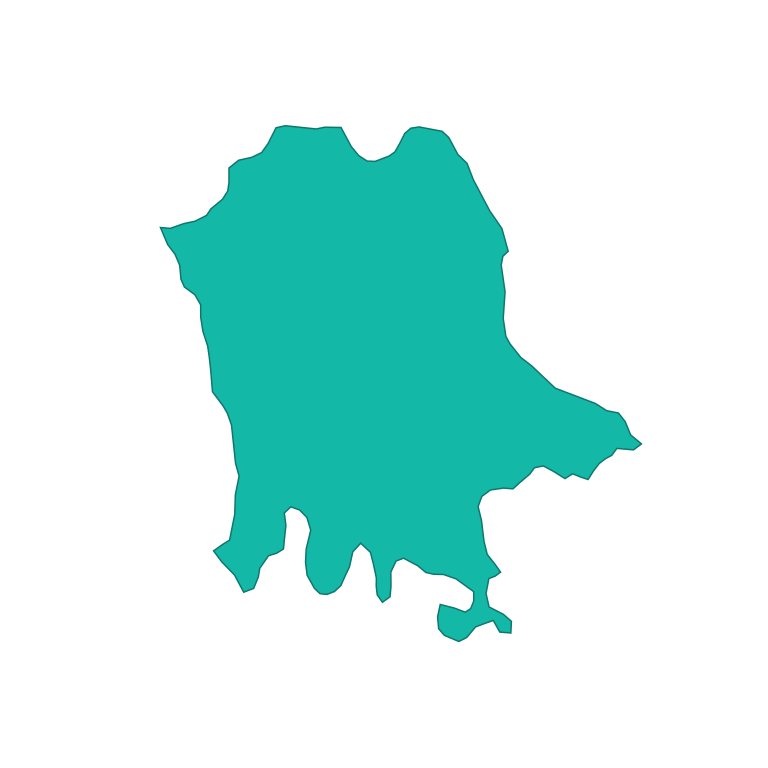 Andirá, Paraná, Brazil, rotated 339°
{"feature_id": "56859067B52775049896070", "entity_name": "Andirá", "entity_type": "district", "adm_level": 2, "iso_a3": "BRA", "parent_name": "Brazil", "parent_adm1": "Paraná", "projection": "equal_earth", "projection_center": [-50.276, -23.026], "detail": "fine", "context": "isolated", "style": "filled", "palette": "teal", "viewbox_px": 768, "rotation_deg": 339, "n_neighbors": 0, "source": "geoboundaries", "source_scale": "gbopen_adm2", "svg_char_len": 2199}
<svg xmlns="http://www.w3.org/2000/svg" viewBox="0 0 768 768"><g transform="rotate(339 384 384)"><path d="M231.4,157.8L232.0,176.2L235.4,188.0L235.8,200.0L232.0,213.4L232.4,221.9L239.5,233.0L241.2,244.4L236.8,256.0L233.8,270.2L233.0,285.3L230.6,295.9L227.5,307.8L221.1,329.8L225.9,346.7L227.3,355.5L226.9,367.8L217.0,404.8L215.7,418.1L205.5,434.2L198.0,452.1L183.9,474.4L175.6,476.0L165.1,478.7L168.8,491.9L176.0,508.8L178.4,528.1L189.1,528.1L197.6,519.0L202.0,511.5L214.7,502.9L223.2,503.5L231.0,502.0L237.9,488.3L241.7,481.0L244.7,468.7L253.0,465.3L260.0,471.3L264.2,481.0L263.2,494.2L252.2,510.2L246.9,522.2L243.7,534.9L245.8,549.7L249.1,556.8L255.3,560.0L263.3,560.0L271.4,556.8L278.2,550.0L286.2,542.4L294.7,529.5L305.2,524.3L311.0,536.3L309.6,548.3L307.3,562.5L304.3,569.9L302.1,578.4L304.3,587.2L313.4,584.8L318.1,575.2L323.0,562.0L331.8,553.6L339.8,553.6L350.3,565.6L355.5,574.9L362.3,579.5L371.2,583.1L381.3,591.6L393.3,610.0L390.0,618.8L384.4,624.8L378.0,626.1L369.4,618.4L357.5,610.0L350.6,620.5L347.3,632.1L350.3,640.3L361.6,651.2L370.4,650.3L382.4,643.6L390.3,643.6L401.3,643.9L403.2,657.1L413.2,661.9L417.9,651.2L412.9,641.8L402.2,629.8L404.2,616.1L412.2,603.2L419.0,603.2L425.4,601.4L423.1,592.2L419.3,580.2L421.0,566.6L426.1,546.3L427.9,532.2L435.0,524.0L445.4,521.1L458.3,524.0L466.8,528.1L474.9,524.9L487.7,520.4L494.5,516.1L503.4,517.6L510.9,526.3L519.1,537.2L527.9,535.4L534.8,541.8L540.3,546.3L548.2,540.4L556.3,535.4L563.9,533.1L571.1,532.2L578.3,527.6L586.8,531.7L593.3,534.9L602.9,532.2L596.0,519.9L595.7,505.6L592.5,495.1L582.3,488.7L574.5,478.1L542.3,449.2L528.3,419.9L521.2,408.2L516.0,391.6L514.8,383.3L518.8,365.5L530.1,341.2L536.0,315.1L540.8,307.3L547.5,304.6L549.8,281.2L547.6,271.9L544.8,260.5L540.6,225.3L540.6,207.8L535.2,196.1L532.8,177.1L528.8,168.9L508.9,156.6L500.7,154.8L493.2,157.5L484.6,165.3L477.4,171.2L470.6,173.0L455.5,173.0L448.1,169.8L442.2,161.6L438.5,150.5L435.8,129.1L420.6,123.0L412.1,121.6L384.4,107.5L375.0,106.1L361.9,118.0L352.7,124.1L341.8,125.0L328.5,123.0L316.7,126.8L311.4,140.5L307.3,147.8L299.4,153.7L285.3,158.4L278.8,163.0L265.9,164.3L254.3,162.5L240.2,162.1L231.4,157.8Z" fill="#14b8a6" stroke="#0f766e" stroke-width="1.5"/></g></svg>